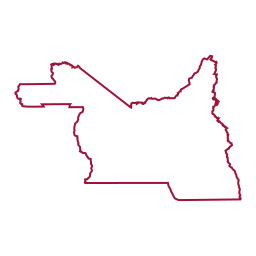 Pimenta Bueno, Rondônia, Brazil
{"feature_id": "56859067B24271641905673", "entity_name": "Pimenta Bueno", "entity_type": "district", "adm_level": 2, "iso_a3": "BRA", "parent_name": "Brazil", "parent_adm1": "Rondônia", "projection": "orthographic", "projection_center": [-60.823, -11.862], "detail": "fine", "context": "isolated", "style": "outline", "palette": "rose", "viewbox_px": 256, "rotation_deg": 0, "n_neighbors": 0, "source": "geoboundaries", "source_scale": "gbopen_adm2", "svg_char_len": 5719}
<svg xmlns="http://www.w3.org/2000/svg" viewBox="0 0 256 256"><path d="M19.9,84.2L19.3,85.4L18.2,86.8L18.7,88.8L18.4,89.4L18.3,90.0L18.0,90.4L18.1,90.9L15.5,92.5L15.4,93.4L15.7,94.1L16.5,94.3L16.5,94.8L17.1,95.8L16.9,96.7L17.7,98.3L18.5,98.8L19.1,98.8L19.9,98.5L20.8,98.9L20.6,99.7L20.3,100.1L20.3,100.7L20.7,101.5L20.1,102.9L20.5,103.5L21.1,104.0L21.7,103.9L22.3,104.2L22.2,105.8L22.7,106.2L28.5,106.7L43.7,106.6L43.1,105.5L42.0,104.3L70.3,104.1L69.9,104.8L69.4,107.2L81.7,107.1L82.9,107.2L83.0,107.9L83.3,108.5L83.3,109.1L83.3,109.7L82.7,111.6L82.3,112.1L80.6,112.9L80.1,113.3L79.5,114.3L78.2,117.2L78.2,119.4L77.6,121.0L77.0,121.9L75.4,123.3L74.9,124.4L74.3,127.7L74.3,129.5L74.5,130.3L74.5,131.1L73.9,132.2L74.2,133.0L74.4,134.7L74.7,135.3L75.5,135.8L77.2,136.2L77.1,136.9L77.5,137.3L77.4,137.8L77.6,138.4L77.4,139.2L77.5,139.9L77.9,141.6L78.5,143.0L78.2,143.7L78.3,144.8L79.3,145.9L80.1,147.1L80.1,148.6L80.3,149.6L80.2,150.3L80.4,150.9L80.0,151.3L80.5,151.7L81.4,151.6L82.2,152.6L82.7,152.9L85.1,153.0L85.7,153.4L86.2,155.0L86.7,155.6L87.4,157.0L88.0,157.4L88.5,158.6L90.1,158.8L90.7,159.0L90.7,160.4L91.1,162.5L90.9,163.9L91.5,164.6L92.0,165.7L92.0,166.5L91.5,167.4L91.2,168.4L91.9,170.4L91.8,171.0L91.6,171.5L90.8,172.4L90.1,173.6L90.3,174.5L90.0,175.3L89.9,176.3L88.8,177.8L88.0,178.2L87.3,179.2L85.2,179.3L85.2,180.4L85.5,181.2L84.9,181.9L84.8,182.5L85.2,183.0L94.2,183.0L167.9,182.9L168.6,186.1L170.3,189.0L171.2,191.4L174.1,197.2L174.9,198.4L177.9,199.8L179.7,200.1L240.4,199.4L240.6,198.7L240.6,198.2L239.7,197.7L239.5,196.7L239.7,196.1L240.3,195.8L240.1,194.6L239.3,193.4L239.4,192.6L239.4,191.0L239.8,190.0L239.8,189.4L239.7,188.7L239.1,187.6L238.8,186.5L238.9,185.4L238.4,184.7L238.3,183.9L238.2,183.0L238.4,182.2L238.3,181.5L238.7,180.3L238.4,179.5L237.7,178.9L237.6,178.3L236.6,177.0L236.4,176.1L236.4,175.1L235.5,173.7L235.2,172.2L234.5,170.6L233.2,169.7L232.2,168.4L231.8,167.6L231.0,167.3L229.9,166.4L229.4,165.8L230.1,164.5L229.8,163.8L228.3,162.6L227.7,161.9L228.0,161.5L227.8,160.9L227.9,160.3L227.6,158.4L227.2,157.7L227.5,157.4L226.8,156.6L226.9,155.9L227.1,155.4L227.2,154.5L226.9,154.0L226.3,153.6L225.9,151.8L225.7,151.4L225.5,150.7L226.7,149.9L227.4,149.1L228.9,148.6L228.9,147.8L229.5,147.5L229.9,146.6L231.3,145.9L232.0,145.1L231.5,144.5L231.5,143.3L231.0,143.3L229.7,142.5L229.2,141.5L228.0,141.2L227.7,140.8L227.7,140.2L228.2,139.0L227.8,138.5L227.6,137.4L228.0,136.5L228.2,135.0L227.6,135.1L227.5,134.1L227.7,133.2L226.7,131.9L226.6,131.2L225.7,130.0L225.7,129.4L226.0,128.9L227.1,128.2L225.3,126.6L224.6,127.0L224.1,126.2L222.7,125.5L222.6,124.9L223.2,124.9L222.8,124.4L222.5,123.8L221.9,123.8L220.2,122.2L219.9,121.7L219.2,121.2L218.6,121.8L217.7,121.3L217.3,120.7L218.5,118.7L218.0,118.8L217.9,118.2L217.5,118.6L216.8,118.1L216.6,117.6L216.0,116.9L215.3,116.9L215.0,115.7L214.5,115.6L214.3,115.0L213.8,114.3L212.9,114.0L212.3,113.5L212.4,112.9L212.3,111.4L212.8,111.1L213.5,110.1L213.5,109.3L213.2,108.7L213.2,107.0L213.8,107.1L215.2,105.1L215.4,104.3L216.5,104.6L216.9,105.0L217.7,103.9L217.2,103.6L215.9,103.4L215.8,102.6L216.1,101.8L218.0,102.1L218.7,101.6L218.1,100.8L217.5,100.5L216.8,100.7L215.8,100.4L216.3,99.3L215.2,98.3L214.5,98.5L214.1,99.3L213.5,99.4L213.0,99.0L212.8,98.5L213.0,98.0L214.5,96.9L214.6,96.3L214.8,95.8L214.7,95.2L215.1,93.7L214.8,92.7L213.4,92.3L212.5,91.9L212.7,91.0L213.2,90.1L213.6,90.4L213.6,89.7L214.0,87.8L213.6,87.1L214.0,86.5L213.7,85.9L214.2,84.9L214.8,84.7L215.4,84.0L215.5,83.3L216.7,82.6L216.5,81.3L217.0,79.2L216.9,78.5L216.5,78.1L216.3,77.6L216.1,75.8L216.9,74.8L216.8,74.3L215.8,74.6L214.9,73.9L214.2,73.9L214.7,73.3L215.0,72.1L215.7,71.0L216.1,69.5L215.8,68.4L215.3,68.0L216.0,66.0L215.7,65.5L215.7,65.0L215.2,64.7L216.0,64.0L216.6,62.7L216.3,61.8L215.1,62.1L214.5,61.5L213.5,61.2L212.3,60.4L211.1,60.1L210.6,59.5L211.1,59.2L211.0,58.5L211.7,58.0L212.1,56.3L210.3,55.9L209.6,56.5L209.1,57.2L208.5,57.6L207.7,59.0L207.2,59.4L204.6,58.5L203.6,58.7L202.4,60.1L202.0,61.1L201.7,61.5L201.6,62.5L201.0,64.6L199.8,66.4L199.6,67.0L199.8,68.1L199.3,68.7L198.2,70.7L198.0,71.5L197.6,71.8L196.8,72.5L194.2,73.6L193.9,74.6L192.7,76.1L191.9,77.7L189.2,78.6L188.8,80.3L189.6,83.6L189.6,84.3L183.2,88.3L182.7,88.7L181.3,89.2L180.8,89.6L180.7,91.4L179.6,91.5L179.0,92.1L178.5,92.9L177.8,93.1L178.1,93.8L177.5,95.4L176.9,95.2L176.0,96.0L175.3,97.0L175.1,97.7L173.7,98.3L172.4,98.2L171.7,98.3L170.9,98.1L169.7,98.3L169.1,97.5L168.3,97.5L167.7,98.3L167.1,97.9L166.5,97.8L165.3,97.9L164.5,97.7L163.2,98.6L162.4,98.4L160.2,99.7L159.0,100.1L158.1,100.1L157.6,99.7L157.0,99.7L156.6,99.3L155.6,98.7L153.9,98.6L152.6,98.9L151.8,98.7L151.3,98.0L150.1,98.6L149.5,98.4L148.8,98.3L147.9,98.6L147.4,99.4L146.8,99.7L146.1,101.2L145.7,101.7L145.0,102.2L145.1,102.9L143.8,103.7L143.2,103.2L143.0,103.9L142.3,103.7L142.4,102.7L140.8,102.7L139.3,102.4L138.6,102.7L138.1,102.3L137.5,102.4L137.8,103.2L136.7,103.9L136.6,103.1L136.3,102.6L134.1,103.1L132.6,102.7L132.1,103.1L131.5,103.3L131.3,104.0L131.4,104.8L130.9,105.4L130.5,106.5L131.2,106.7L131.1,107.5L130.4,107.2L82.5,70.0L79.6,67.7L79.5,67.0L78.0,65.8L77.2,66.9L76.7,67.3L75.9,67.3L75.4,67.6L74.5,67.7L74.1,67.2L73.4,67.0L72.9,67.2L72.7,66.6L72.3,66.9L72.3,65.7L71.2,65.1L70.3,65.2L70.0,64.5L69.5,64.1L67.8,63.5L67.3,63.8L67.1,63.1L66.0,63.3L66.1,62.6L65.0,62.2L64.4,62.5L63.8,63.1L63.3,63.0L62.7,62.5L61.8,63.6L60.2,64.1L59.1,63.6L58.7,64.0L58.5,64.9L57.9,64.6L57.2,63.9L56.1,64.1L55.7,63.5L54.1,63.5L54.0,64.7L53.4,65.1L52.3,63.9L51.7,64.1L51.2,64.6L51.5,65.3L51.6,66.2L51.6,67.0L51.9,67.8L51.9,68.9L51.2,69.1L51.6,71.8L52.9,73.1L52.9,73.9L52.4,74.9L51.5,75.9L51.5,76.8L51.7,77.5L52.3,78.5L53.2,78.9L53.9,80.2L55.1,81.5L55.3,82.7L54.7,83.8L28.5,84.2L19.9,84.2Z" fill="none" stroke="#9f1239" stroke-width="2"/></svg>